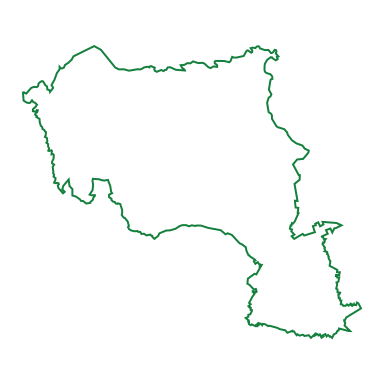 Ixhuatlán del Café, Veracruz, Mexico
{"feature_id": "50627088B43225936965135", "entity_name": "Ixhuatlán del Café", "entity_type": "district", "adm_level": 2, "iso_a3": "MEX", "parent_name": "Mexico", "parent_adm1": "Veracruz", "projection": "orthographic", "projection_center": [-96.933, 19.027], "detail": "fine", "context": "isolated", "style": "outline", "palette": "green", "viewbox_px": 384, "rotation_deg": 0, "n_neighbors": 0, "source": "geoboundaries", "source_scale": "gbopen_adm2", "svg_char_len": 5881}
<svg xmlns="http://www.w3.org/2000/svg" viewBox="0 0 384 384"><path d="M350.1,331.0L344.6,325.6L345.2,322.7L344.2,321.2L344.2,320.1L345.0,320.1L346.0,317.8L346.8,317.1L361.0,308.4L358.5,303.5L357.0,302.5L356.1,305.2L354.2,304.8L354.0,304.2L353.6,305.0L352.9,304.6L352.1,305.9L350.9,305.0L351.5,304.2L350.7,303.6L348.6,305.7L347.0,304.4L345.8,305.7L343.4,305.9L342.4,304.5L340.8,304.3L341.3,300.6L340.2,300.5L339.7,297.9L338.8,298.1L338.3,294.6L338.7,293.6L339.5,294.0L340.1,292.7L337.5,292.1L337.5,289.4L336.2,288.7L337.2,284.3L336.5,282.5L338.4,281.7L339.2,277.3L337.3,277.5L337.2,276.9L335.9,276.2L336.0,275.0L339.2,275.0L339.8,272.3L337.0,272.2L337.3,269.9L329.6,265.8L330.4,261.3L328.8,258.8L328.4,256.7L328.7,256.6L327.6,253.8L327.0,253.8L327.2,252.0L324.9,251.3L325.4,251.0L324.4,248.3L324.9,247.7L322.5,244.1L323.1,242.5L324.1,242.8L324.7,241.8L324.4,240.8L325.7,239.1L323.7,238.9L323.0,236.7L322.1,236.9L321.9,236.4L327.7,233.8L326.0,230.1L330.4,228.5L332.3,232.5L334.3,228.3L335.7,228.2L341.5,225.3L336.5,223.0L322.6,221.9L323.4,224.5L320.1,226.3L318.2,222.3L315.3,223.7L315.8,225.2L312.9,226.1L314.9,232.2L304.2,235.5L302.7,233.9L294.2,238.9L291.7,236.2L294.4,234.6L291.3,231.3L292.0,229.5L289.9,228.8L290.6,225.4L291.5,225.5L291.9,223.1L293.0,223.6L294.8,221.4L298.5,213.1L297.7,212.9L298.3,207.9L295.6,207.5L294.9,200.7L297.5,201.0L294.5,183.9L299.6,179.8L299.8,175.1L298.7,175.1L293.0,164.4L297.1,159.5L303.1,158.9L308.4,152.6L308.8,150.6L304.8,148.7L302.4,145.5L296.4,143.4L292.0,140.3L287.8,134.8L287.1,132.4L284.3,129.2L277.8,127.2L276.5,126.3L272.0,118.9L271.9,115.2L270.9,113.6L268.6,112.1L267.1,102.8L268.7,97.6L270.5,96.4L271.4,94.4L268.9,89.7L270.3,81.0L270.8,79.4L272.4,78.9L272.2,76.4L270.5,74.3L266.2,72.9L265.0,71.7L264.5,70.1L264.6,65.7L265.0,63.6L267.1,59.9L270.8,57.2L272.1,57.4L272.2,58.0L275.8,60.3L277.7,59.1L276.9,56.9L278.4,56.4L275.8,53.6L276.5,51.5L275.9,50.1L274.6,49.9L273.3,52.1L271.6,53.1L270.8,52.9L268.5,50.0L264.9,50.1L260.0,48.4L259.1,46.5L258.0,46.2L256.6,46.7L255.3,48.1L252.8,47.6L250.7,48.2L252.3,50.5L252.1,52.3L251.3,52.7L247.9,50.4L246.7,50.7L243.7,56.0L236.3,57.6L233.6,57.5L232.2,56.9L230.4,61.3L229.2,62.2L224.1,61.0L215.9,60.9L214.8,61.4L214.7,63.2L217.2,65.2L217.1,66.9L213.5,66.4L210.5,68.1L208.4,67.2L204.2,63.4L202.3,62.8L198.3,63.1L193.0,61.4L190.5,63.3L187.2,63.2L184.5,64.8L180.7,65.2L182.2,68.0L184.3,69.4L184.8,70.5L175.9,69.8L170.1,67.2L167.6,67.5L166.4,69.8L164.8,70.0L163.6,71.1L161.2,70.0L156.8,71.8L154.7,70.7L154.3,69.0L154.8,67.7L151.0,66.1L149.9,66.5L149.4,67.4L147.7,66.7L143.8,67.5L142.2,68.7L139.8,69.5L137.7,69.2L129.0,70.7L124.0,69.3L119.1,69.4L115.3,67.6L101.0,49.9L94.2,46.1L73.5,56.3L71.7,59.6L68.6,62.6L65.0,65.0L64.0,67.5L62.0,68.5L60.8,68.2L59.6,66.9L59.6,69.3L57.0,72.9L54.3,80.1L51.8,84.5L51.6,85.4L53.1,87.5L53.0,88.1L50.0,92.0L49.6,90.3L47.4,89.5L47.0,86.5L45.2,85.0L43.2,81.5L41.9,81.1L39.5,82.5L38.5,83.7L38.1,86.1L36.9,87.1L33.9,86.9L31.2,87.9L26.3,93.6L24.0,92.4L23.8,92.9L23.0,92.8L23.6,100.6L26.7,102.6L29.0,103.0L30.2,102.7L32.0,100.3L33.3,102.0L35.2,102.9L37.0,104.7L35.8,106.6L33.0,109.2L32.9,111.2L36.2,111.8L36.8,110.1L37.8,110.3L37.2,112.2L36.0,112.7L35.1,114.6L36.9,116.1L36.4,117.0L39.5,118.9L39.8,122.6L40.8,125.7L42.2,127.1L42.5,129.0L44.3,130.0L44.9,131.3L46.0,132.1L45.7,135.2L44.9,136.9L46.7,137.8L47.0,138.5L47.3,141.5L46.4,142.7L48.1,144.0L48.1,146.4L49.1,148.6L48.3,150.7L49.1,151.0L51.5,150.3L51.9,151.2L51.5,154.4L53.1,154.1L53.8,155.1L53.6,158.5L52.0,162.0L52.1,163.4L54.1,164.6L52.7,167.0L53.4,172.3L53.1,173.1L54.1,174.7L53.5,176.6L55.5,178.1L55.4,179.9L54.1,182.7L55.8,183.2L57.3,182.8L58.6,183.4L58.9,184.3L57.8,185.4L58.4,188.0L63.0,193.3L64.7,191.8L62.3,189.4L63.3,185.9L68.7,179.5L69.5,186.0L72.4,189.1L72.4,195.5L75.8,196.5L79.9,199.3L81.0,200.9L83.1,201.0L86.2,203.5L90.3,202.9L90.5,201.9L93.0,199.6L93.2,198.0L95.0,195.6L94.8,195.1L91.5,195.3L89.6,194.6L92.6,190.1L93.1,184.8L92.5,180.8L92.9,178.8L99.3,179.3L102.2,180.3L104.9,180.5L107.9,179.9L110.3,186.2L111.1,191.7L112.1,193.2L109.1,194.6L109.1,197.2L111.5,198.8L111.4,200.0L113.0,201.6L114.8,202.0L115.6,203.4L117.3,203.9L118.0,203.3L120.3,204.1L122.2,210.2L122.1,213.8L121.7,214.9L123.6,217.6L124.7,217.8L127.7,221.5L128.9,226.0L128.0,227.0L129.0,229.1L131.0,230.4L134.5,231.3L137.4,231.0L138.2,231.9L140.2,231.9L141.5,234.0L143.9,233.7L146.5,235.4L150.4,234.6L151.1,235.5L152.2,235.8L152.3,236.8L154.4,238.9L158.2,235.9L159.3,233.4L165.9,230.6L170.2,230.3L175.4,228.8L180.0,225.9L182.6,225.1L186.3,225.2L189.1,226.3L191.8,225.3L195.3,226.0L196.2,225.5L198.8,225.5L201.0,225.6L208.2,227.9L220.7,230.2L225.6,234.3L227.7,233.3L231.8,234.9L239.5,243.2L242.2,244.5L245.8,247.2L246.5,250.9L248.5,255.3L249.0,255.2L250.4,256.7L254.6,259.4L255.3,260.3L254.2,260.6L253.8,261.2L255.4,263.8L257.7,262.1L259.6,264.9L260.2,264.4L261.0,264.8L260.4,265.7L261.4,265.4L256.3,274.4L254.6,273.8L247.9,278.6L247.4,283.7L249.5,284.9L253.9,289.5L255.9,289.0L256.6,291.7L256.2,292.1L252.7,291.3L252.7,291.9L254.6,293.6L252.3,296.9L249.1,302.9L250.7,304.2L248.4,306.2L249.5,307.5L250.2,307.2L250.8,307.7L250.6,309.9L252.0,310.2L251.9,310.9L250.3,314.3L248.3,314.8L248.3,316.8L245.7,318.0L248.8,320.5L249.0,322.1L248.4,322.0L249.1,324.2L250.8,325.2L251.7,324.4L255.4,326.1L255.8,325.3L257.1,326.3L258.7,325.1L257.1,324.2L258.3,323.0L260.8,323.7L262.2,325.2L262.8,323.9L265.3,324.3L268.0,326.1L268.8,325.7L271.6,326.3L277.4,327.9L279.7,329.1L285.3,330.3L287.4,332.8L292.4,330.8L292.5,331.5L293.9,331.4L296.6,335.2L297.5,334.3L299.5,335.6L302.6,334.8L303.5,335.0L304.4,336.0L308.7,335.2L311.0,337.8L315.7,333.4L316.1,333.7L315.5,335.2L317.2,334.2L318.1,334.5L318.5,335.4L319.9,334.4L321.5,337.7L323.5,336.4L322.7,335.4L325.3,334.1L326.6,336.4L328.1,335.0L329.7,336.7L330.2,336.3L332.1,337.9L333.8,334.4L336.3,333.1L337.4,330.8L338.6,330.5L339.0,328.5L348.6,331.0L350.1,331.0Z" fill="none" stroke="#15803d" stroke-width="2"/></svg>